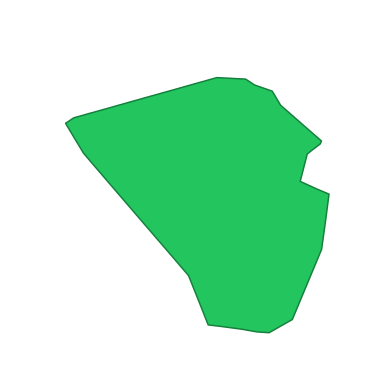 Santa María Nativitas, Oaxaca, Mexico, rotated 16°
{"feature_id": "50627088B15578912819987", "entity_name": "Santa María Nativitas", "entity_type": "district", "adm_level": 2, "iso_a3": "MEX", "parent_name": "Mexico", "parent_adm1": "Oaxaca", "projection": "albers", "projection_center": [-97.338, 17.644], "detail": "fine", "context": "isolated", "style": "filled", "palette": "green", "viewbox_px": 384, "rotation_deg": 16, "n_neighbors": 0, "source": "geoboundaries", "source_scale": "gbopen_adm2", "svg_char_len": 645}
<svg xmlns="http://www.w3.org/2000/svg" viewBox="0 0 384 384"><g transform="rotate(16 192 192)"><path d="M51.6,160.7L51.7,161.0L57.1,166.1L76.9,184.5L86.3,190.8L155.9,236.6L186.1,256.4L200.5,265.9L211.7,273.3L216.6,279.6L230.8,297.9L244.2,315.3L257.2,313.2L278.3,310.1L292.9,308.6L304.9,306.0L323.6,286.9L332.4,211.5L328.6,184.6L324.3,156.3L311.1,154.7L293.1,152.0L292.3,123.8L295.4,119.3L302.1,110.3L302.4,107.3L253.3,84.2L241.4,73.0L222.8,71.9L212.4,68.7L184.3,75.2L171.0,83.4L163.1,88.3L138.5,103.5L124.7,112.0L110.1,121.0L84.8,136.7L72.4,144.3L58.0,153.2L56.6,154.8L51.6,160.7Z" fill="#22c55e" stroke="#15803d" stroke-width="1.5"/></g></svg>